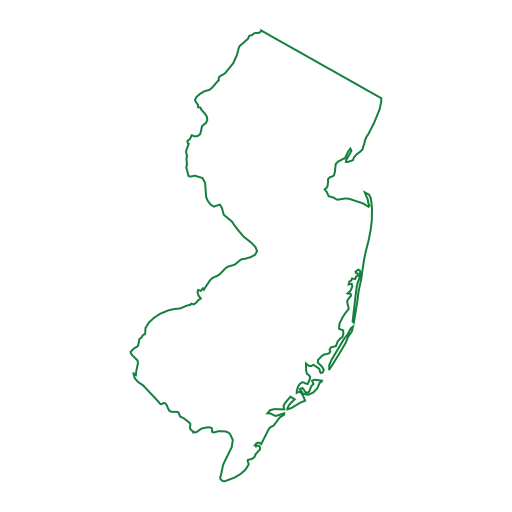 New Jersey, Robinson projection
{"feature_id": "USA-3558", "entity_name": "New Jersey", "entity_type": "State", "adm_level": 1, "iso_a3": "USA", "parent_name": "United States of America", "parent_adm1": "", "projection": "robinson", "projection_center": [-74.673, 40.14], "detail": "fine", "context": "isolated", "style": "outline", "palette": "green", "viewbox_px": 512, "rotation_deg": 0, "n_neighbors": 0, "source": "natural_earth", "source_scale": "10m", "svg_char_len": 5465}
<svg xmlns="http://www.w3.org/2000/svg" viewBox="0 0 512 512"><path d="M133.2,372.5L133.8,373.6L134.7,374.4L135.9,375.1L136.2,371.5L138.0,363.1L137.5,360.4L132.3,355.3L130.7,353.0L130.8,351.6L134.2,348.3L137.1,346.6L138.0,345.7L138.5,343.9L138.9,341.4L139.4,339.1L141.5,337.5L142.2,336.2L143.2,334.8L144.9,334.2L145.2,333.3L145.5,328.0L148.8,322.6L154.0,317.8L159.9,313.9L168.5,310.3L175.0,308.9L178.3,308.7L180.9,308.2L186.4,305.8L190.1,304.8L190.3,304.6L190.5,304.7L191.3,303.7L193.8,304.4L196.1,302.7L198.3,300.2L200.8,298.5L198.5,295.6L197.5,292.1L198.2,289.9L200.8,290.9L202.9,288.3L203.8,289.7L209.8,280.6L212.2,278.1L217.5,275.7L219.6,274.4L225.6,268.1L227.9,266.7L233.6,265.0L235.2,264.3L240.5,259.9L241.9,259.2L245.7,258.6L250.8,257.1L255.2,254.6L257.1,251.0L255.4,247.0L251.6,243.0L243.5,236.5L238.8,231.0L233.6,224.2L233.1,223.1L231.7,221.4L223.8,214.8L221.8,207.7L219.8,204.6L213.8,206.6L210.5,204.5L207.7,200.7L206.2,197.3L205.1,182.9L202.5,178.0L194.8,175.7L190.3,176.6L188.4,175.8L187.2,170.7L186.6,168.7L186.3,166.8L187.0,165.0L186.5,159.1L186.6,157.3L187.1,155.9L186.5,154.1L186.0,151.8L186.6,149.3L188.7,144.0L188.2,143.9L187.6,142.6L187.4,141.1L188.2,140.3L189.3,139.7L190.3,138.3L191.7,135.2L194.5,136.4L197.6,136.1L200.1,134.2L201.1,130.8L201.9,126.4L203.7,124.6L205.8,123.2L207.3,120.1L206.8,116.5L204.6,113.3L202.3,110.8L201.1,109.3L200.9,108.2L200.3,107.6L199.4,107.4L198.5,107.3L197.9,107.1L197.9,106.4L198.1,105.5L198.0,104.8L196.2,102.5L195.3,101.1L195.0,99.8L196.6,96.8L200.0,93.9L203.6,91.7L205.8,90.8L209.2,90.0L212.0,87.8L218.2,80.6L218.8,80.4L218.8,79.9L218.7,77.7L219.4,76.8L220.8,75.7L222.4,74.8L223.5,74.4L225.4,72.9L233.3,63.1L236.9,55.0L238.3,49.9L238.5,48.6L239.6,46.1L247.7,39.0L248.1,38.5L248.9,36.7L249.3,35.9L250.1,35.4L251.7,35.3L253.8,33.6L255.3,33.0L258.7,32.9L261.7,31.0L261.6,30.7L276.5,39.2L291.5,47.6L306.4,56.0L321.4,64.5L336.4,72.9L351.3,81.3L366.3,89.8L381.3,98.2L381.2,101.7L379.7,109.1L374.2,122.6L368.6,133.7L366.4,137.0L365.2,139.7L364.6,142.3L364.2,144.1L363.2,146.7L362.6,149.3L360.1,151.8L356.7,154.2L353.9,157.5L352.9,160.2L350.7,161.0L347.6,162.0L345.9,161.8L346.4,159.7L351.4,150.9L350.4,148.6L348.3,151.3L347.2,153.5L345.9,156.3L344.7,158.5L343.1,158.8L340.3,160.5L338.6,161.2L335.7,164.0L334.9,171.9L333.9,175.5L332.2,176.5L329.8,177.2L328.0,179.2L328.1,182.0L327.5,186.3L326.6,187.9L324.7,189.3L326.7,191.9L328.7,196.2L333.9,197.7L336.3,199.3L337.7,199.7L345.4,198.4L349.4,198.9L362.7,203.3L368.6,206.8L369.4,205.8L368.3,203.2L367.8,199.7L364.8,192.4L369.1,194.7L370.7,198.2L371.3,201.8L372.0,208.2L371.8,220.6L370.7,229.4L368.9,239.2L366.1,250.2L365.0,255.1L363.9,260.6L363.1,266.4L362.2,272.1L361.7,275.9L360.7,281.6L358.9,289.6L358.3,293.5L357.6,299.1L356.9,304.3L353.8,322.7L352.6,321.4L355.6,295.4L356.8,286.1L357.8,282.5L359.1,278.9L360.0,274.6L360.1,270.9L358.5,269.6L355.5,271.6L355.9,273.0L357.6,273.4L358.1,275.4L356.3,276.4L355.2,279.0L352.0,278.5L351.2,280.6L349.3,281.6L348.6,284.5L351.7,283.8L352.3,286.5L350.7,290.5L347.6,293.4L350.6,293.9L351.1,295.7L348.5,298.6L347.1,301.4L347.8,304.9L348.7,308.0L348.5,309.3L345.7,312.6L342.7,317.1L339.5,323.5L339.0,328.7L343.1,330.4L343.4,333.0L342.7,336.2L342.4,337.0L340.3,338.4L337.7,341.4L335.9,346.1L330.9,347.4L329.6,349.7L330.3,351.6L328.9,353.4L325.9,354.2L323.7,354.6L321.3,356.5L318.0,360.0L317.8,362.6L321.8,366.4L323.8,369.8L322.7,372.5L320.7,372.9L319.9,371.4L319.6,369.6L319.1,368.6L313.4,364.8L311.1,366.1L309.1,365.9L307.4,364.8L306.0,363.5L306.1,370.4L306.9,373.7L308.7,375.1L310.1,376.5L309.6,379.5L307.7,384.0L305.4,383.4L303.7,382.5L302.1,382.3L299.8,384.0L298.7,385.5L297.7,387.8L296.8,390.5L296.7,392.9L299.5,391.6L301.9,393.7L303.8,397.4L305.1,400.7L300.4,402.6L291.5,408.0L287.3,409.4L287.3,408.4L288.7,405.7L290.5,403.3L294.7,399.3L290.4,396.7L285.4,402.6L283.5,405.9L284.2,408.4L284.2,409.4L274.4,409.1L270.2,410.1L267.4,413.3L270.1,413.4L272.1,414.3L273.9,415.3L275.8,416.0L284.2,413.3L284.2,414.6L279.8,417.4L273.5,425.7L270.1,427.4L268.4,429.7L261.2,444.1L259.6,442.8L257.9,442.7L256.3,443.5L254.9,445.2L255.7,445.3L255.8,445.5L255.7,445.9L256.0,446.5L257.5,445.6L258.9,445.8L259.8,447.0L260.1,449.0L259.3,450.2L255.7,454.1L254.4,457.1L253.2,458.1L251.6,459.0L247.9,459.9L247.7,461.4L248.4,463.1L248.7,464.4L245.6,469.5L240.6,474.0L234.6,477.5L225.8,480.9L224.1,481.3L222.5,480.9L220.5,479.2L220.2,477.3L220.9,475.2L221.4,472.9L222.2,469.4L222.8,465.8L224.1,462.6L231.7,447.2L232.8,439.9L229.9,433.8L227.5,432.1L225.0,431.4L218.8,431.2L217.7,431.4L215.0,432.2L213.6,432.4L212.2,432.0L212.0,430.9L212.1,429.5L211.6,428.0L209.5,427.3L206.3,427.5L201.5,428.6L199.4,430.0L197.7,431.3L196.0,432.3L193.3,432.4L193.5,431.6L191.3,430.2L190.1,428.6L189.9,427.0L190.4,424.7L190.2,423.6L188.8,422.2L183.4,418.0L181.2,417.1L179.9,416.3L178.7,412.7L177.6,411.9L171.8,411.9L169.3,410.8L167.9,408.1L166.7,405.1L165.1,403.2L163.7,403.0L162.6,403.6L161.6,404.2L160.9,404.3L159.7,403.4L158.9,402.5L158.4,401.6L142.9,385.2L138.2,382.1L134.7,378.2L133.2,372.5ZM347.7,334.2L349.9,329.9L351.3,327.8L353.0,326.6L351.8,331.5L348.2,336.7L345.4,343.3L339.9,352.6L332.7,364.3L329.0,370.0L329.1,368.6L329.3,367.7L329.2,365.3L331.4,360.1L343.6,339.6L347.7,334.2ZM313.4,384.0L312.1,380.7L314.5,379.7L322.0,380.7L321.6,381.6L320.3,382.5L319.6,382.7L317.6,387.9L313.3,392.5L308.1,394.8L303.2,393.9L299.8,389.1L302.4,388.0L303.8,389.6L305.1,391.9L307.2,392.9L309.2,391.6L311.4,386.0L313.4,384.0Z" fill="none" stroke="#15803d" stroke-width="2"/></svg>